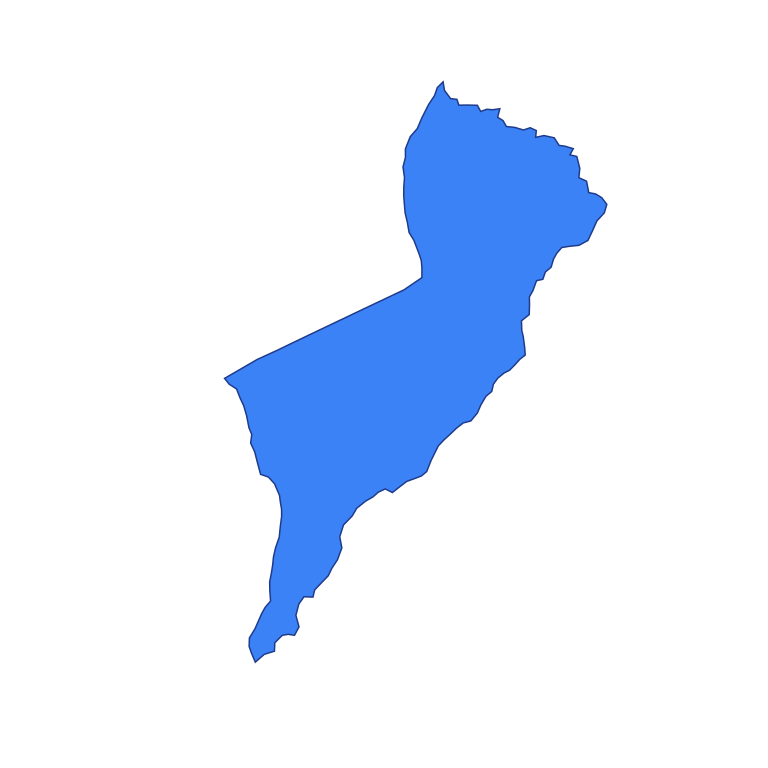 outline of Ribeirão dos Índios, São Paulo, Brazil, rotated 19°
{"feature_id": "56859067B88412336093281", "entity_name": "Ribeirão dos Índios", "entity_type": "district", "adm_level": 2, "iso_a3": "BRA", "parent_name": "Brazil", "parent_adm1": "São Paulo", "projection": "natural_earth1", "projection_center": [-51.581, -21.806], "detail": "fine", "context": "isolated", "style": "filled", "palette": "blue", "viewbox_px": 768, "rotation_deg": 19, "n_neighbors": 0, "source": "geoboundaries", "source_scale": "gbopen_adm2", "svg_char_len": 2163}
<svg xmlns="http://www.w3.org/2000/svg" viewBox="0 0 768 768"><g transform="rotate(19 384 384)"><path d="M341.5,79.1L337.9,86.3L337.9,94.8L335.2,105.1L333.2,119.6L332.3,131.7L328.3,141.6L327.7,154.7L330.5,162.8L331.3,172.6L336.2,182.2L338.5,191.0L341.3,199.4L344.6,207.1L348.3,215.4L353.6,223.8L358.4,232.6L365.6,238.5L374.7,249.4L379.0,255.0L382.1,262.0L385.2,271.1L372.1,288.6L342.1,317.9L335.8,324.1L298.2,361.0L281.6,377.4L277.0,382.0L270.8,388.1L256.1,402.1L231.4,430.6L237.7,434.6L246.2,436.7L252.4,444.0L258.5,450.3L264.4,458.7L270.6,469.4L275.4,474.8L277.1,483.2L283.8,490.2L290.5,500.4L296.7,509.6L305.0,509.6L313.0,514.0L321.5,523.4L324.6,529.7L328.0,535.9L330.3,542.5L332.3,552.3L334.8,562.9L334.8,574.3L335.8,583.5L337.6,591.1L339.1,599.5L340.3,608.3L343.1,616.0L347.4,626.1L344.4,633.8L343.1,640.8L342.5,648.1L341.7,657.6L339.4,667.9L341.9,676.0L346.2,681.5L352.9,688.9L358.8,678.6L367.4,672.3L365.0,664.2L369.6,654.8L374.8,651.9L381.2,650.7L382.7,641.3L376.0,631.4L375.1,619.7L377.6,611.2L386.2,608.6L385.5,601.3L389.8,591.8L393.7,583.5L394.7,575.1L397.2,565.4L397.5,552.7L391.9,542.9L391.6,530.4L396.9,519.1L398.7,510.3L404.6,500.9L410.4,494.2L413.7,488.3L419.3,482.8L427.3,483.9L432.2,476.2L437.2,468.7L443.3,463.8L449.4,458.7L452.9,452.8L453.4,441.1L455.5,424.8L458.9,417.3L463.0,409.8L467.0,402.0L471.6,395.0L478.1,390.7L481.7,381.1L482.4,372.3L484.4,362.5L488.3,355.9L487.5,348.6L489.7,341.4L493.8,334.7L498.3,330.0L501.8,322.6L504.4,316.4L508.1,310.6L505.1,303.6L500.2,293.8L496.8,288.4L493.4,279.5L498.7,271.1L495.9,262.0L493.1,254.3L494.4,247.3L494.6,236.6L500.1,233.3L500.1,225.6L504.0,219.1L503.6,210.7L504.8,204.1L507.6,197.1L514.6,193.4L523.2,189.4L530.1,181.8L531.3,170.8L532.2,160.5L536.6,150.4L536.2,141.6L529.1,136.9L522.1,135.4L515.3,136.4L509.5,126.3L501.1,125.5L498.9,116.3L492.2,106.1L485.2,106.8L486.4,99.9L477.7,100.2L471.9,101.4L464.8,95.8L454.4,97.0L447.1,101.4L445.5,94.8L438.8,94.1L433.2,98.4L424.2,98.8L415.9,100.7L410.8,96.2L404.6,94.8L403.9,86.0L397.5,89.3L391.7,90.8L386.7,94.8L381.5,90.1L371.7,93.2L364.0,96.0L360.3,91.1L354.1,92.5L345.6,86.7L341.5,79.1Z" fill="#3b82f6" stroke="#1e3a8a" stroke-width="1.5"/></g></svg>